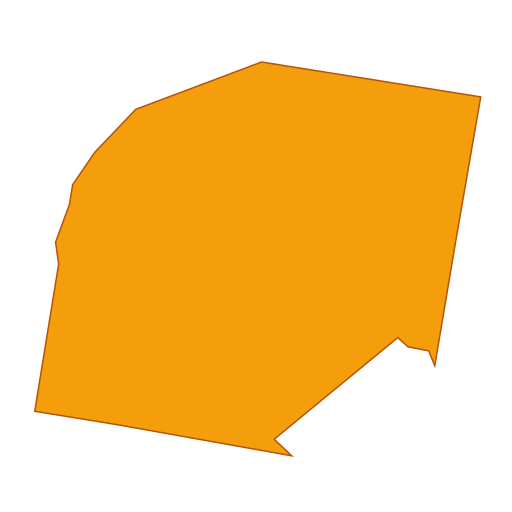 Madison, Tennessee, United States of America (Natural Earth projection), rotated 188°
{"feature_id": "52423323B23237187605689", "entity_name": "Madison", "entity_type": "district", "adm_level": 2, "iso_a3": "USA", "parent_name": "United States of America", "parent_adm1": "Tennessee", "projection": "natural_earth1", "projection_center": [-88.842, 35.612], "detail": "fine", "context": "isolated", "style": "filled", "palette": "amber", "viewbox_px": 512, "rotation_deg": 188, "n_neighbors": 0, "source": "geoboundaries", "source_scale": "gbopen_adm2", "svg_char_len": 401}
<svg xmlns="http://www.w3.org/2000/svg" viewBox="0 0 512 512"><g transform="rotate(188 256 256)"><path d="M63.7,172.2L60.3,297.9L55.6,444.8L212.3,447.7L255.8,448.5L277.5,448.9L395.5,384.5L430.0,336.4L447.5,301.1L447.9,281.3L456.4,241.7L450.3,220.5L453.5,71.4L369.3,69.6L192.9,63.1L212.5,77.1L104.3,194.9L92.8,187.2L71.8,186.1L63.7,172.2Z" fill="#f59e0b" stroke="#b45309" stroke-width="1.5"/></g></svg>